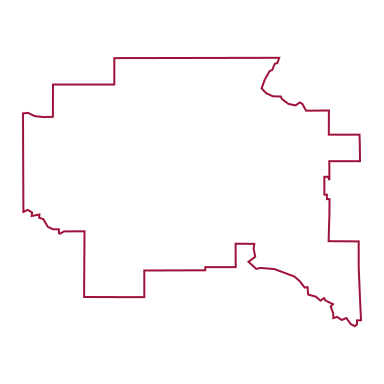 Cascade, Montana, United States of America (Natural Earth projection)
{"feature_id": "52423323B67185663060942", "entity_name": "Cascade", "entity_type": "district", "adm_level": 2, "iso_a3": "USA", "parent_name": "United States of America", "parent_adm1": "Montana", "projection": "natural_earth1", "projection_center": [-111.168, 47.258], "detail": "fine", "context": "isolated", "style": "outline", "palette": "rose", "viewbox_px": 384, "rotation_deg": 0, "n_neighbors": 0, "source": "geoboundaries", "source_scale": "gbopen_adm2", "svg_char_len": 1230}
<svg xmlns="http://www.w3.org/2000/svg" viewBox="0 0 384 384"><path d="M115.8,297.1L144.3,297.1L144.3,270.5L205.3,270.3L205.3,267.1L235.7,267.1L235.6,243.7L254.3,243.9L253.6,248.5L255.2,256.8L248.5,261.8L256.3,268.9L260.5,267.9L274.5,269.1L294.5,276.6L299.7,281.1L304.7,287.6L307.5,287.1L308.2,294.6L315.7,296.6L320.5,300.6L324.0,298.1L325.6,300.6L333.0,304.2L330.7,306.5L333.2,313.5L333.3,318.1L337.1,316.9L341.7,320.0L346.3,318.0L350.8,324.1L354.8,326.2L357.0,324.5L357.0,320.3L361.0,320.3L359.8,293.9L358.7,267.4L358.7,241.4L328.6,241.2L329.4,214.6L329.5,199.2L326.9,199.1L326.9,194.7L324.4,194.7L324.3,176.8L328.1,176.8L329.4,180.1L329.3,161.2L360.0,161.2L359.8,143.7L359.5,134.7L328.8,134.7L328.9,110.5L306.1,110.7L302.3,103.9L299.8,102.4L295.6,105.4L288.4,103.9L281.8,98.9L280.8,96.5L272.9,96.3L266.3,93.3L261.6,88.4L264.7,79.8L269.6,71.1L272.2,70.0L274.8,63.8L277.4,63.0L279.2,57.8L175.9,58.0L119.3,58.1L114.3,58.1L114.3,84.5L53.0,84.5L52.9,116.8L43.5,117.1L34.6,116.1L28.2,112.9L23.0,113.4L23.4,211.9L27.8,209.9L32.1,212.5L31.7,216.0L39.4,214.5L39.1,217.7L43.3,219.1L47.9,226.9L53.2,229.3L58.9,229.3L58.9,233.1L60.2,233.7L64.0,231.4L84.5,231.3L84.1,297.0L115.8,297.1Z" fill="none" stroke="#9f1239" stroke-width="2"/></svg>